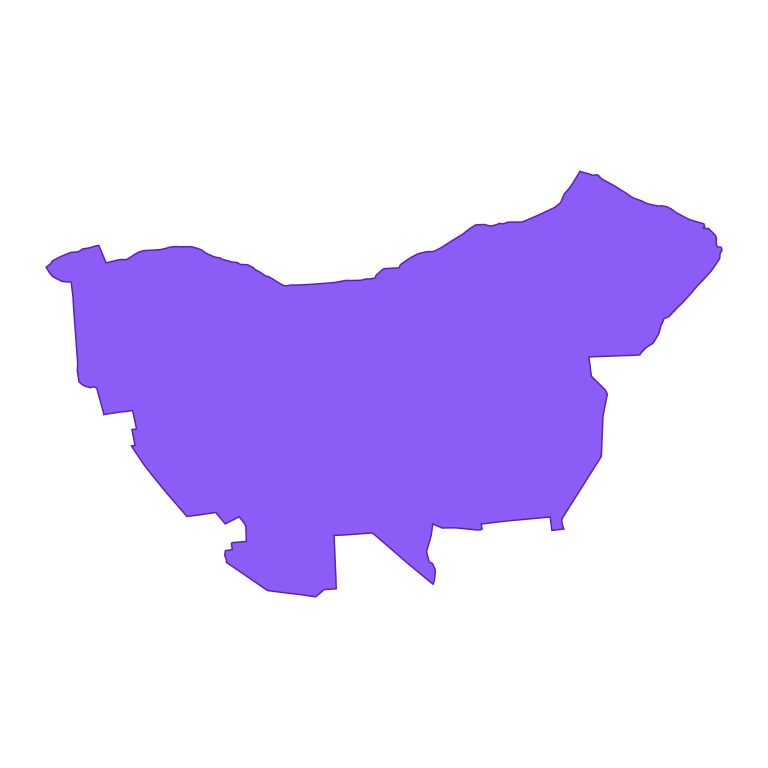 Apateu, Arad, Romania
{"feature_id": "2599482B29070861670091", "entity_name": "Apateu", "entity_type": "district", "adm_level": 2, "iso_a3": "ROU", "parent_name": "Romania", "parent_adm1": "Arad", "projection": "robinson", "projection_center": [21.823, 46.631], "detail": "fine", "context": "isolated", "style": "filled", "palette": "violet", "viewbox_px": 768, "rotation_deg": 0, "n_neighbors": 0, "source": "geoboundaries", "source_scale": "gbopen_adm2", "svg_char_len": 5991}
<svg xmlns="http://www.w3.org/2000/svg" viewBox="0 0 768 768"><path d="M562.4,518.0L563.4,516.5L564.7,514.4L565.5,513.1L566.2,512.0L567.5,510.0L569.6,506.7L571.5,503.6L574.1,499.5L601.3,456.5L603.0,415.8L607.4,394.1L605.0,389.6L594.4,379.3L591.4,376.3L588.9,356.9L602.2,356.4L613.7,356.0L621.5,355.7L628.5,355.5L635.3,355.2L639.8,354.9L641.0,352.9L642.9,351.0L644.0,349.8L645.0,348.7L646.9,347.1L649.4,345.4L652.7,343.5L653.5,342.5L654.9,340.2L656.6,337.5L657.5,335.6L658.7,333.9L659.2,332.1L659.9,329.6L660.6,327.1L660.8,325.4L661.8,324.2L663.0,321.2L663.5,320.1L663.7,319.3L664.0,318.8L664.5,318.4L665.3,318.1L666.2,317.7L667.6,317.2L668.7,316.7L669.2,316.2L670.2,315.3L671.5,314.0L672.2,313.0L673.2,311.9L674.6,310.8L675.5,309.6L677.0,308.0L681.6,303.6L686.5,298.4L691.3,293.1L697.7,285.4L698.7,284.5L699.6,283.5L703.9,279.1L708.0,274.5L710.8,271.6L713.7,267.5L716.6,263.2L718.7,260.1L719.5,258.7L719.9,257.1L719.9,254.8L720.1,253.6L720.5,252.6L720.9,252.1L721.9,250.5L721.8,249.9L721.7,248.7L721.5,248.0L721.2,247.5L720.9,247.3L720.1,247.1L719.3,247.1L718.3,247.0L717.8,246.9L716.9,246.3L716.7,245.8L716.5,244.8L716.5,243.9L716.5,242.8L716.2,242.2L716.1,241.6L716.2,241.0L716.5,239.6L716.4,238.3L716.0,236.8L715.5,235.7L714.8,234.7L713.5,233.4L711.5,231.4L710.1,230.1L709.8,229.7L708.7,228.7L707.8,228.2L706.3,229.1L704.9,227.7L704.5,227.7L703.5,228.1L703.9,226.9L704.7,226.0L703.9,223.9L703.5,223.7L700.5,222.8L697.2,221.9L693.5,220.8L691.5,220.3L689.7,219.6L688.5,219.1L684.4,217.0L681.0,215.2L679.1,214.1L677.0,213.1L675.6,212.3L674.3,211.2L672.7,210.0L671.6,209.2L670.1,208.4L668.6,207.6L667.0,206.8L666.2,206.5L664.7,206.3L662.9,206.0L661.3,205.9L657.9,206.0L655.2,205.4L653.0,205.0L650.6,204.4L648.4,204.0L647.3,203.5L645.9,203.1L644.5,202.5L643.3,201.7L641.3,200.8L638.3,199.7L634.6,198.4L633.0,197.8L632.2,197.3L630.0,195.9L627.4,194.1L624.8,192.3L621.8,190.5L620.5,189.7L617.8,188.0L614.3,185.8L613.5,185.4L612.2,184.6L610.5,183.7L608.2,182.4L605.7,181.1L603.3,179.8L602.1,179.1L601.1,178.3L600.0,177.2L598.6,175.6L597.8,175.1L596.9,174.8L596.2,174.9L595.0,175.0L594.0,175.2L592.7,175.2L589.8,174.2L587.4,173.4L584.2,172.7L581.0,171.7L580.0,171.3L573.8,181.5L571.5,185.2L568.6,189.0L564.2,194.1L560.9,202.0L560.7,202.4L560.6,202.7L555.2,207.1L553.5,208.0L545.5,211.8L538.9,214.9L528.4,219.4L521.8,222.1L519.4,222.1L516.7,222.1L512.0,222.1L507.7,222.2L504.6,223.4L503.8,223.8L499.1,223.4L497.0,224.5L493.0,225.6L492.1,225.9L490.9,225.9L489.2,225.8L486.5,225.1L484.3,224.5L483.5,224.5L482.3,224.6L481.1,224.6L477.3,224.8L476.1,224.9L474.6,225.4L472.6,226.8L470.3,228.3L466.2,231.4L463.4,233.6L461.4,235.0L452.0,240.7L446.6,244.2L441.6,247.4L438.9,248.8L435.7,250.5L434.2,251.2L433.1,251.5L430.7,251.6L428.7,251.6L426.9,251.7L425.1,252.1L421.0,253.0L418.6,253.7L417.0,254.3L414.2,255.7L410.3,257.9L406.5,260.4L402.4,263.2L400.8,264.4L400.2,265.1L399.8,266.0L399.4,267.0L398.9,267.8L397.0,268.0L389.3,268.4L385.6,268.5L384.5,268.6L383.6,268.9L382.4,269.7L381.4,270.4L380.4,271.4L378.6,273.2L377.9,273.9L376.9,274.4L376.2,275.2L375.8,276.1L375.5,277.1L375.2,277.7L374.8,278.0L372.3,278.5L371.0,278.7L369.8,278.9L368.4,279.0L367.0,278.9L366.3,278.9L365.1,279.2L363.8,279.5L362.3,280.0L360.4,280.3L357.3,280.4L349.5,280.5L346.1,280.4L343.2,280.9L338.6,281.8L336.4,282.2L332.5,282.7L330.1,282.9L324.0,283.4L316.6,283.9L310.5,284.4L303.2,284.8L298.5,285.0L294.7,285.0L292.0,285.0L290.9,285.0L289.9,285.2L288.0,285.6L285.8,285.8L284.0,285.6L282.6,285.0L280.5,283.9L278.3,282.5L276.3,281.3L272.9,279.1L270.1,277.5L268.5,276.5L267.6,276.4L266.7,276.3L265.5,275.9L264.4,275.2L263.0,274.2L260.3,272.4L258.9,271.5L257.7,270.9L256.3,270.2L255.4,269.7L254.3,268.8L253.5,267.8L252.6,267.3L251.1,266.5L248.3,265.0L246.6,264.7L242.7,264.5L240.8,264.5L239.5,263.9L238.0,263.0L236.9,262.5L234.2,262.2L231.3,261.9L228.5,261.0L221.9,259.2L221.1,258.5L220.2,258.0L218.6,257.7L215.4,257.2L213.4,256.5L209.7,254.9L206.8,253.6L205.0,252.5L201.2,249.7L195.0,247.6L191.5,246.8L187.9,246.6L183.7,246.7L180.5,246.8L176.5,246.5L173.5,246.7L170.5,247.1L165.5,248.4L163.9,248.8L160.9,249.5L157.5,249.9L153.7,250.1L148.8,250.3L145.5,250.5L143.1,250.8L140.4,251.6L138.4,252.2L133.7,255.1L130.7,257.0L127.1,259.3L124.9,259.7L121.3,259.5L119.3,259.8L117.3,260.1L112.6,261.3L106.0,262.9L105.0,260.3L103.1,255.7L99.2,246.3L98.8,245.5L96.2,245.8L89.7,247.8L86.2,248.4L82.7,248.9L78.9,251.5L76.9,251.9L72.3,252.3L71.6,252.3L70.1,252.7L69.1,253.1L66.9,254.0L64.2,255.1L58.8,257.4L52.2,261.1L50.9,263.2L49.9,264.4L48.9,265.1L48.1,265.7L46.9,266.7L46.1,267.2L49.0,272.0L52.7,276.6L61.3,281.1L65.9,281.9L69.5,281.9L71.2,282.1L73.2,298.9L73.2,301.5L73.9,311.9L77.4,359.6L77.7,364.1L77.3,370.6L79.1,382.0L81.9,384.4L85.3,386.3L87.9,387.0L90.6,387.7L91.7,387.2L92.4,386.9L92.9,386.7L94.1,387.0L96.7,387.9L99.7,398.9L101.8,406.6L103.3,411.9L103.8,414.6L106.7,414.1L114.5,412.9L121.2,411.9L125.7,411.6L132.6,410.4L134.8,420.8L136.0,426.3L136.6,428.9L132.0,429.6L135.0,445.3L131.4,446.0L144.0,464.8L152.1,475.2L162.9,488.5L167.4,493.9L173.8,501.3L178.2,506.4L186.9,516.5L197.9,515.1L215.7,512.5L225.2,523.9L239.2,516.8L243.8,522.6L245.9,526.1L246.3,541.5L232.3,542.6L231.4,543.6L231.6,544.7L232.3,549.6L229.9,550.0L225.4,550.6L224.9,553.5L224.7,555.5L226.4,559.6L226.5,562.5L228.3,563.7L230.3,565.0L240.8,572.2L251.4,579.5L257.7,583.8L266.9,590.1L267.9,590.6L286.6,593.0L287.3,593.1L294.7,593.9L299.5,594.5L306.5,595.5L314.2,596.7L315.8,596.7L316.4,596.3L318.0,594.9L319.9,593.3L322.8,590.7L324.0,589.6L328.5,589.3L336.2,588.8L336.1,585.1L335.9,577.0L335.2,562.6L334.6,547.3L334.3,541.4L334.0,535.5L346.9,534.8L364.5,533.5L371.9,533.0L374.5,534.7L384.3,543.1L409.3,564.7L433.0,584.2L434.3,580.8L435.3,572.8L435.1,569.2L432.5,563.5L429.3,562.0L426.5,551.7L431.1,535.8L432.8,523.9L442.0,528.0L454.7,527.8L476.2,529.9L480.2,529.9L482.1,529.0L481.2,524.0L506.5,521.0L550.2,517.0L551.5,527.4L551.9,530.4L563.9,529.0L562.3,524.7L561.7,520.6L561.9,519.8L562.2,518.9L562.4,518.0Z" fill="#8b5cf6" stroke="#5b21b6" stroke-width="1.5"/></svg>